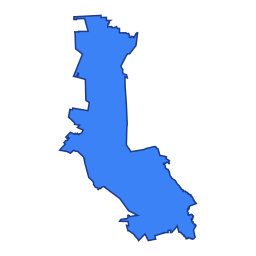 Riva Palacio, Chihuahua, Mexico
{"feature_id": "50627088B7033951522319", "entity_name": "Riva Palacio", "entity_type": "district", "adm_level": 2, "iso_a3": "MEX", "parent_name": "Mexico", "parent_adm1": "Chihuahua", "projection": "mercator", "projection_center": [-106.489, 28.847], "detail": "fine", "context": "isolated", "style": "filled", "palette": "blue", "viewbox_px": 256, "rotation_deg": 0, "n_neighbors": 0, "source": "geoboundaries", "source_scale": "gbopen_adm2", "svg_char_len": 5744}
<svg xmlns="http://www.w3.org/2000/svg" viewBox="0 0 256 256"><path d="M138.6,240.6L145.0,234.0L148.3,240.6L152.4,239.7L155.7,239.2L154.9,235.7L163.9,233.0L163.7,232.6L168.1,232.6L168.1,230.5L170.6,230.1L170.4,232.6L171.6,232.6L174.7,229.2L176.2,227.3L177.1,225.9L178.9,232.1L179.5,232.2L179.8,232.0L180.8,232.4L181.1,232.6L181.2,233.3L182.4,234.2L182.8,234.6L183.7,234.8L183.6,235.2L184.0,235.5L184.2,235.8L184.4,235.9L184.4,236.0L184.5,236.3L184.3,236.4L184.4,236.5L184.9,236.6L185.4,236.9L185.7,237.8L185.9,238.0L186.1,238.7L186.5,238.4L186.8,238.6L187.2,238.6L187.6,238.3L187.9,238.5L188.1,238.5L188.4,238.2L188.5,237.7L190.1,238.0L190.5,238.6L191.4,238.4L191.8,239.0L192.1,238.9L192.3,239.1L192.6,239.1L192.8,238.8L193.3,238.7L193.7,238.8L195.1,237.3L193.5,230.0L196.0,225.6L195.3,224.5L195.0,224.6L194.7,224.4L194.5,224.6L194.4,224.3L194.2,224.0L193.2,223.4L193.3,223.2L193.1,222.6L192.8,222.4L192.7,222.2L192.9,222.1L192.9,221.7L192.7,221.7L192.3,221.8L191.8,221.6L191.9,221.0L191.8,220.7L191.8,220.2L191.6,220.1L191.6,219.8L191.4,219.5L191.6,219.5L192.1,219.7L192.2,219.4L192.1,219.0L192.3,219.1L192.7,218.7L192.7,218.2L192.9,217.9L192.8,217.2L192.9,216.4L193.0,216.4L192.8,216.1L193.2,216.2L193.3,216.0L193.1,215.8L192.9,215.8L192.6,215.3L192.3,215.0L192.3,214.9L191.8,214.8L191.5,214.4L190.8,214.5L190.1,214.7L189.5,214.8L189.2,215.0L189.0,215.3L188.6,215.3L188.4,215.2L188.1,214.6L188.3,213.4L188.1,213.2L188.2,212.8L187.9,212.5L187.4,211.5L187.8,210.5L187.5,210.0L187.7,209.9L187.5,209.6L187.6,209.0L187.8,208.8L188.2,208.9L188.3,209.1L188.2,209.3L188.4,209.5L188.7,209.4L188.6,209.0L188.8,208.8L188.8,208.6L188.7,208.6L188.9,208.4L188.9,208.2L188.7,208.0L189.2,207.9L189.2,207.6L188.9,207.5L189.2,207.2L189.2,206.9L189.4,206.5L189.3,206.2L196.3,203.5L195.1,202.0L194.5,201.7L194.2,201.0L194.0,200.9L194.0,200.4L193.6,200.2L193.7,199.6L193.0,198.8L192.8,197.9L192.4,197.8L192.2,197.3L192.0,197.1L192.1,196.7L191.6,196.1L191.3,196.1L191.2,195.9L190.8,195.9L190.8,195.6L190.7,195.5L190.7,195.0L190.4,195.0L189.9,194.8L190.0,194.7L189.8,194.7L189.2,194.6L188.9,194.2L189.1,194.0L189.0,193.8L188.8,193.7L188.5,193.8L188.0,193.2L187.6,193.4L187.4,192.8L187.1,192.5L187.0,192.3L186.3,192.2L186.0,192.3L185.8,191.6L185.3,191.1L184.6,191.2L184.4,191.2L184.3,191.4L183.9,191.2L183.8,191.3L183.2,191.4L183.4,190.8L183.3,190.2L182.9,190.2L182.1,189.4L181.9,189.4L181.7,189.2L181.4,189.2L181.0,188.8L181.0,188.6L180.7,188.6L180.6,188.3L180.7,187.8L180.0,187.3L179.9,186.6L178.6,185.1L177.1,183.9L175.4,180.6L171.7,178.3L171.6,177.5L170.9,176.9L170.8,176.5L170.3,176.1L169.9,175.4L169.9,174.9L169.7,174.7L169.8,174.4L169.7,173.7L169.2,172.6L169.4,172.3L169.1,171.9L169.1,171.1L168.6,170.9L168.6,170.7L168.1,170.1L168.1,169.5L167.8,169.5L167.3,169.2L167.0,169.3L166.7,169.2L166.3,168.5L165.9,168.4L165.4,168.0L165.3,167.6L165.4,166.4L165.1,165.7L164.8,165.2L164.4,165.0L164.3,164.4L164.0,164.3L163.5,164.3L163.5,164.1L163.4,163.6L163.5,163.4L163.9,163.2L164.4,163.1L164.9,163.2L165.1,163.5L165.6,163.5L166.3,162.5L166.7,162.2L167.1,162.4L167.7,162.5L168.1,162.8L168.5,162.8L168.6,163.3L168.8,163.4L168.8,163.2L169.0,163.5L169.1,163.3L169.3,163.2L169.0,162.4L169.2,161.1L169.4,160.7L165.8,158.4L166.4,156.8L163.7,156.1L159.9,155.5L159.5,154.0L158.1,149.1L157.8,148.9L157.8,148.7L156.8,148.3L156.5,147.7L156.1,147.3L156.1,147.1L155.1,146.5L154.1,146.6L145.9,148.6L143.8,149.6L130.8,151.7L129.6,149.6L126.4,145.0L126.8,127.6L127.2,124.2L126.4,105.1L125.1,86.4L124.9,77.0L127.3,77.9L126.6,74.8L123.0,73.7L122.6,71.1L122.8,69.4L121.1,67.1L121.0,66.0L126.3,55.6L127.7,53.8L129.6,53.8L136.0,45.5L137.7,32.2L137.2,33.0L136.5,33.0L136.3,33.2L134.8,36.1L134.4,36.6L134.2,36.7L134.2,37.1L133.9,37.6L133.2,36.7L132.9,36.7L132.7,36.5L132.2,36.6L131.8,36.3L131.5,36.5L131.3,36.8L130.8,37.1L130.8,37.3L130.2,37.4L129.4,37.2L129.4,36.6L129.6,35.4L129.2,35.1L129.0,34.6L128.7,33.6L128.4,33.4L127.5,33.7L126.6,33.5L126.0,33.1L125.9,33.2L125.4,33.0L125.5,32.8L119.5,32.9L119.5,28.4L117.4,28.4L116.5,26.6L114.3,27.6L113.6,27.6L111.9,27.5L111.9,26.8L111.5,26.5L110.3,26.9L110.0,26.6L109.4,26.6L109.2,26.5L108.0,26.7L107.7,26.9L107.7,25.6L107.6,25.4L108.0,24.5L108.0,24.3L108.5,24.1L108.4,23.8L108.7,23.8L109.2,22.7L109.2,22.1L109.1,21.9L109.3,21.5L109.4,21.2L109.7,20.8L110.2,20.5L106.5,20.5L106.4,17.4L101.0,17.5L101.0,15.4L73.9,16.8L73.9,18.5L74.4,18.8L74.4,19.1L73.9,19.2L73.9,19.5L76.4,19.5L76.4,18.8L84.6,18.5L88.1,31.4L78.7,31.4L78.7,31.9L74.8,31.9L75.1,34.4L75.6,48.8L82.5,54.1L73.5,76.4L76.8,77.0L77.9,73.2L78.6,73.4L77.7,77.2L85.3,79.4L85.6,88.3L85.6,91.4L85.9,100.3L89.3,102.6L87.9,110.7L72.7,108.1L72.4,109.8L70.4,109.6L69.9,109.4L68.5,117.2L68.7,117.5L69.7,118.1L69.8,118.3L70.2,118.5L74.7,123.1L74.5,124.3L79.5,125.2L77.4,127.5L83.1,130.0L81.7,133.1L80.8,133.3L79.9,133.8L79.3,133.9L78.9,134.6L77.4,133.4L77.1,134.1L75.3,133.3L74.9,134.3L70.4,132.3L65.8,137.1L67.2,138.4L68.3,137.3L69.1,138.1L67.5,139.7L67.8,139.8L67.4,140.4L66.8,140.6L66.3,140.5L66.2,140.6L65.6,140.8L65.1,141.2L64.7,142.0L63.9,142.6L65.3,144.1L60.5,149.1L59.7,150.2L66.3,151.4L66.5,151.3L70.5,153.2L72.7,151.1L73.2,150.8L73.6,150.3L75.1,151.1L77.6,151.3L83.7,157.1L83.9,158.1L84.2,158.6L84.4,158.6L84.7,159.0L84.6,159.3L84.2,159.6L84.8,162.7L88.8,177.5L92.6,181.0L93.6,182.9L93.5,184.5L95.1,186.6L95.0,186.8L96.6,187.7L98.4,188.4L97.7,190.0L99.7,188.2L100.3,188.6L100.8,188.5L101.4,187.4L103.4,186.6L104.8,186.8L105.2,187.2L105.0,187.5L119.8,198.5L128.6,210.7L137.6,215.3L129.8,216.6L129.5,215.8L128.8,215.2L128.2,215.1L127.8,215.4L128.0,217.8L126.9,218.6L121.6,219.3L120.9,219.5L120.5,219.9L119.6,221.3L128.1,221.5L128.8,225.8L126.5,225.3L128.0,230.8L129.0,230.8L133.8,234.3L135.0,235.7L134.9,235.8L137.8,239.0L138.6,240.6Z" fill="#3b82f6" stroke="#1e3a8a" stroke-width="1.5"/></svg>